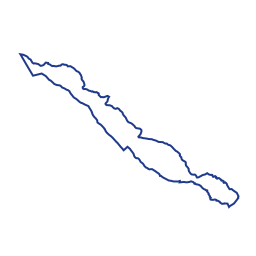 outline of Goicoechea, San José, Costa Rica, rotated 222°
{"feature_id": "36466004B79132997728490", "entity_name": "Goicoechea", "entity_type": "district", "adm_level": 2, "iso_a3": "CRI", "parent_name": "Costa Rica", "parent_adm1": "San José", "projection": "orthographic", "projection_center": [-83.99, 9.957], "detail": "fine", "context": "isolated", "style": "outline", "palette": "blue", "viewbox_px": 256, "rotation_deg": 222, "n_neighbors": 0, "source": "geoboundaries", "source_scale": "gbopen_adm2", "svg_char_len": 5877}
<svg xmlns="http://www.w3.org/2000/svg" viewBox="0 0 256 256"><g transform="rotate(222 128 128)"><path d="M72.2,113.8L71.5,114.5L69.2,114.6L62.5,116.3L61.7,116.9L61.2,117.2L60.6,117.6L58.6,118.6L54.9,121.8L54.0,123.4L53.1,122.8L53.0,122.4L50.2,125.5L49.2,126.0L47.9,127.0L46.2,129.1L45.8,130.0L45.5,130.5L43.7,131.3L42.6,131.5L41.3,131.0L41.2,131.1L41.2,131.4L41.0,131.8L39.9,131.7L39.4,131.9L38.9,132.3L38.5,132.6L38.0,132.8L37.1,133.3L36.3,133.3L35.7,133.6L34.5,133.6L34.1,133.4L33.4,133.3L31.3,133.3L30.6,133.4L29.4,133.9L28.2,133.9L28.0,134.1L27.9,134.4L27.5,134.6L27.1,134.5L27.0,134.3L26.7,133.7L24.2,133.3L24.0,133.1L23.9,132.7L21.4,132.1L21.2,131.9L21.1,131.5L19.8,131.5L19.7,130.7L19.0,130.1L18.8,130.1L18.2,130.3L17.3,131.1L16.5,131.7L16.1,132.4L15.4,133.1L14.9,133.4L14.3,133.6L14.0,133.6L13.6,133.2L12.5,134.1L11.1,134.3L10.6,134.6L9.8,134.2L7.6,134.5L6.0,135.9L6.0,136.4L3.4,138.4L0.1,136.9L0.1,138.0L-1.3,142.8L-0.8,149.8L-0.1,150.1L0.2,151.2L3.8,152.6L8.5,152.0L10.1,152.0L11.4,150.6L12.2,150.6L14.0,151.2L15.7,151.7L17.3,152.6L19.2,152.7L20.0,151.4L20.6,151.4L21.2,152.4L22.2,152.3L22.7,152.1L22.9,151.9L23.3,151.4L23.6,151.4L23.8,151.7L24.4,151.9L25.0,151.7L26.7,151.7L27.0,151.6L27.5,150.7L27.9,150.6L27.9,150.0L28.3,149.8L29.2,149.8L29.7,150.2L29.9,150.7L31.0,150.6L31.2,150.4L31.4,149.5L32.0,148.7L32.6,148.7L33.1,149.2L34.0,149.5L34.4,149.3L34.9,148.6L35.6,148.2L36.3,147.9L36.8,147.6L38.9,147.4L39.1,146.7L39.3,146.0L39.5,145.6L39.6,145.1L40.1,144.3L40.5,143.8L41.2,142.7L41.6,141.1L41.9,140.6L42.2,139.5L42.7,138.4L43.5,137.4L44.4,137.6L45.4,138.1L46.9,138.2L47.5,137.9L47.7,137.6L48.1,137.1L49.2,136.4L49.7,136.1L50.7,136.0L51.1,136.0L53.4,136.6L54.2,136.9L55.1,137.6L55.4,138.1L55.8,138.3L57.0,138.6L58.6,138.8L59.1,138.8L59.9,139.0L60.5,139.5L61.1,139.9L61.4,140.5L62.3,141.2L63.7,141.1L64.2,140.9L65.1,140.8L65.5,140.6L66.9,140.6L67.8,141.1L68.8,141.9L70.2,141.9L71.1,142.2L71.5,142.7L71.5,142.9L72.0,143.3L72.5,143.4L74.9,143.4L75.5,143.4L77.0,143.0L79.9,143.1L82.4,143.4L84.8,143.4L85.5,143.2L86.1,142.8L86.6,142.5L87.1,142.4L88.7,142.4L89.0,142.2L89.7,141.5L90.8,141.1L92.6,140.8L95.9,138.2L97.2,137.7L97.8,137.7L99.1,137.2L101.1,136.2L102.8,135.6L103.7,134.8L104.4,134.4L104.9,133.9L105.6,133.4L106.5,133.0L109.6,130.9L110.1,130.5L111.9,129.7L114.6,127.7L114.5,127.8L114.5,130.0L114.6,131.9L115.7,134.5L116.4,135.2L116.8,135.5L118.4,135.5L119.1,135.3L119.3,135.0L120.5,134.3L121.2,133.8L121.9,133.4L123.4,133.4L124.4,133.8L127.9,133.8L129.1,133.6L131.3,132.7L132.4,132.6L133.4,132.9L134.4,133.2L136.4,134.1L138.0,134.4L139.1,134.4L140.4,134.7L141.3,135.0L142.0,135.6L142.6,135.8L144.5,135.8L144.8,135.7L145.9,135.7L146.8,136.0L147.7,136.0L149.1,135.7L149.4,135.3L149.4,134.9L149.9,134.2L150.1,133.9L151.0,133.6L151.4,133.3L152.9,133.3L154.8,133.5L155.1,133.3L156.8,132.7L157.3,132.2L158.5,131.3L159.2,130.7L159.7,130.6L160.8,130.8L161.1,131.2L161.1,133.8L161.5,134.8L162.1,135.7L163.0,138.1L163.0,138.5L164.2,138.3L164.8,138.0L165.1,137.5L166.0,135.7L166.6,134.6L168.2,133.5L168.7,132.8L171.8,132.9L172.0,133.0L172.2,133.5L172.9,134.1L173.4,134.1L173.9,133.7L175.0,133.7L175.3,133.7L175.6,133.3L176.1,132.7L176.7,132.5L176.9,132.1L177.3,131.8L178.8,131.6L179.1,130.9L180.9,130.3L181.3,130.0L182.4,129.5L183.7,129.4L185.0,128.9L185.7,128.5L186.3,127.9L186.9,127.4L187.6,127.2L188.4,127.4L189.0,128.1L189.0,128.5L188.7,129.3L188.7,129.8L188.9,130.3L188.9,130.6L189.3,131.0L190.6,131.9L191.9,132.6L193.2,132.9L194.5,133.0L195.1,133.3L195.7,133.8L195.7,134.1L196.0,134.5L196.8,134.9L197.4,135.3L198.2,135.7L199.0,136.0L199.4,136.0L200.7,136.5L202.5,136.5L203.2,136.3L203.6,136.1L204.4,135.9L205.6,135.9L206.8,136.1L208.7,136.1L209.8,135.8L211.2,135.6L212.1,135.4L214.1,133.5L214.5,133.7L214.9,133.8L215.3,133.8L215.9,133.6L216.5,133.4L217.2,132.8L217.7,132.4L218.0,132.2L218.3,132.2L218.9,131.9L219.5,131.3L219.8,130.7L219.8,129.4L219.9,129.1L221.0,128.1L221.4,127.4L222.6,125.7L224.9,124.3L225.5,123.5L225.8,123.3L226.5,123.2L227.5,123.0L228.3,123.0L230.2,122.2L230.9,122.9L232.9,121.5L232.9,118.4L233.5,117.0L234.6,115.7L237.3,115.5L240.5,113.8L241.2,112.8L242.8,112.6L246.3,113.7L248.1,113.2L250.4,113.6L251.9,113.3L254.7,112.4L257.3,110.8L245.5,107.0L233.6,103.3L228.6,110.7L223.8,111.6L218.7,111.0L217.3,111.5L214.4,111.5L212.2,111.4L210.2,112.1L209.5,112.4L207.8,113.6L206.9,114.1L206.2,114.2L205.5,114.2L204.8,114.1L204.2,114.0L203.8,114.2L203.0,114.4L201.7,114.9L199.5,115.3L197.5,116.1L196.0,116.1L194.5,115.5L192.4,115.0L191.8,115.0L189.3,114.5L188.2,114.5L185.7,115.0L181.5,115.0L179.7,115.3L179.4,115.4L179.1,115.7L178.6,115.9L178.0,116.0L175.8,116.6L175.5,116.6L172.1,117.8L170.1,117.1L166.8,116.2L165.7,115.6L165.3,115.6L165.0,115.3L164.3,115.0L164.1,114.7L162.7,114.1L162.3,114.1L162.2,114.0L160.2,113.6L158.5,113.6L158.3,113.5L157.5,113.4L156.1,113.1L154.4,111.7L152.8,111.8L152.2,112.0L151.7,112.0L151.0,112.2L148.9,112.2L147.3,112.0L146.6,112.0L145.6,111.8L145.1,111.8L144.4,111.6L144.3,111.4L143.9,111.4L143.6,111.2L143.2,111.1L142.9,110.9L142.4,110.7L142.0,110.7L141.3,110.4L140.3,110.4L140.2,110.3L136.9,110.3L135.8,110.5L133.1,110.5L132.8,110.4L131.6,110.4L130.7,110.2L128.2,110.0L127.9,109.9L126.1,109.9L125.8,109.8L125.0,109.8L123.7,109.5L123.2,109.5L122.4,109.3L121.9,109.3L121.3,109.1L120.6,109.1L117.5,108.8L117.4,108.7L117.1,108.7L116.5,108.5L116.3,108.5L115.8,113.7L112.6,113.8L111.9,113.6L110.4,113.3L107.0,112.7L106.7,112.5L105.8,112.1L104.6,111.3L103.6,111.0L102.0,111.0L101.5,111.2L100.9,111.8L100.1,112.2L98.9,112.2L97.3,111.8L96.6,111.5L95.9,111.3L95.1,111.3L94.7,111.4L93.9,111.5L93.0,111.5L92.2,111.3L91.9,111.2L90.6,110.9L90.3,110.7L88.0,110.7L86.8,111.2L85.3,111.2L84.3,111.7L83.8,112.4L83.0,113.1L82.4,113.6L81.8,113.7L80.0,114.0L79.2,114.1L78.9,114.2L78.3,114.2L78.1,114.3L77.0,114.3L76.3,114.5L74.2,114.7L73.6,114.6L73.1,114.3L72.9,114.3L72.2,113.8Z" fill="none" stroke="#1e3a8a" stroke-width="2"/></g></svg>